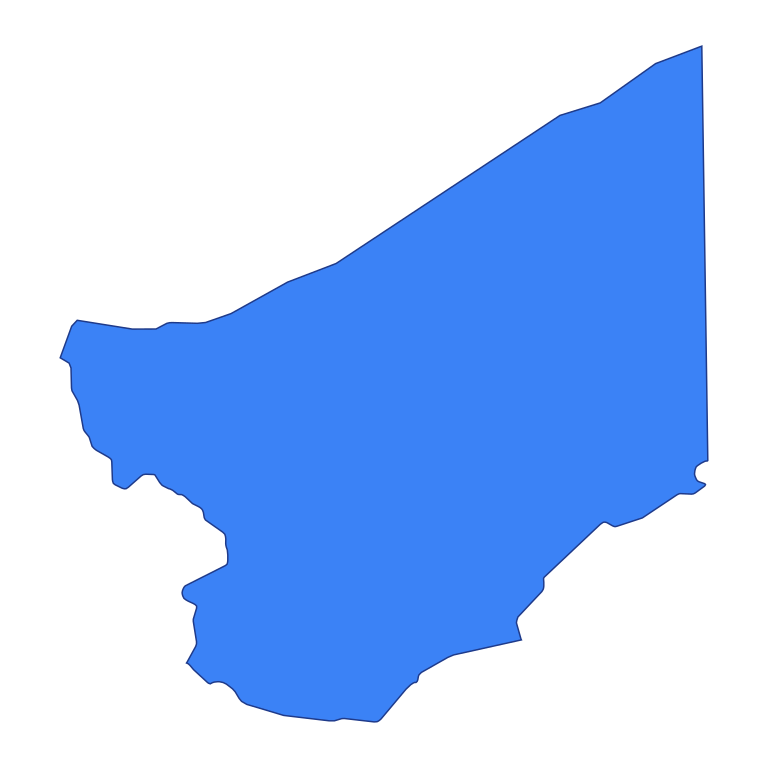 SVG path tracing the border of Zinder
{"feature_id": "NER-92", "entity_name": "Zinder", "entity_type": "Department", "adm_level": 1, "iso_a3": "NER", "parent_name": "Niger", "parent_adm1": "", "projection": "orthographic", "projection_center": [9.186, 15.151], "detail": "fine", "context": "isolated", "style": "filled", "palette": "blue", "viewbox_px": 768, "rotation_deg": 0, "n_neighbors": 0, "source": "natural_earth", "source_scale": "10m", "svg_char_len": 2525}
<svg xmlns="http://www.w3.org/2000/svg" viewBox="0 0 768 768"><path d="M521.4,639.9L453.7,654.9L447.8,657.4L421.4,672.4L419.0,674.8L418.4,676.3L417.8,679.8L417.2,681.3L416.1,682.4L415.5,682.5L414.8,682.4L413.3,683.0L410.7,684.7L406.0,689.2L382.1,717.7L381.1,718.9L379.5,720.3L378.0,721.3L377.0,721.7L374.1,721.9L344.4,718.5L341.8,718.6L334.4,720.8L329.2,720.8L288.5,716.0L283.6,715.4L246.8,704.4L241.6,701.4L239.2,698.5L235.2,691.8L232.5,688.8L226.4,684.1L223.1,682.5L219.3,681.7L217.7,681.7L214.2,682.1L212.6,682.6L211.0,683.4L210.4,683.8L209.9,683.7L208.5,683.2L207.5,682.5L193.6,669.7L190.1,665.5L188.3,663.8L186.5,663.0L187.1,662.1L195.7,646.4L196.5,644.0L196.5,641.5L193.3,621.4L193.3,619.2L196.6,608.1L196.6,606.0L195.2,604.6L193.1,603.4L188.3,601.2L186.0,599.9L184.0,598.4L182.8,596.0L182.4,594.7L182.1,592.8L182.4,591.1L182.6,590.3L183.4,588.4L183.9,587.5L184.3,586.9L184.7,586.4L185.5,585.7L225.3,565.6L227.0,564.3L227.6,562.3L227.8,560.0L227.8,555.1L227.3,549.9L226.3,547.1L225.9,545.3L225.7,543.5L225.8,539.0L225.5,536.5L224.8,534.2L222.8,532.2L205.5,520.0L204.6,518.5L204.2,517.5L203.4,512.5L202.9,511.1L202.4,509.9L201.8,509.1L200.3,507.7L198.5,506.6L193.1,503.9L192.4,503.5L185.3,496.8L183.3,495.4L181.7,494.6L178.9,494.5L178.0,494.3L177.3,494.0L172.7,490.3L170.1,489.0L168.5,488.6L163.1,485.9L161.9,485.1L159.7,482.5L155.1,475.2L154.6,474.7L153.4,474.5L145.7,474.2L143.3,474.6L141.2,475.9L128.4,487.2L126.1,488.7L124.3,488.8L122.1,488.2L115.2,484.8L113.4,483.4L112.7,481.4L112.4,479.6L111.8,461.8L111.4,459.7L110.2,458.4L108.2,457.0L96.4,450.3L94.1,448.5L92.1,446.3L89.2,437.2L87.8,435.3L85.4,432.4L84.1,430.6L83.3,428.6L79.1,405.1L77.5,400.5L72.0,390.8L71.5,388.0L71.0,368.0L69.1,363.1L60.2,357.8L71.7,326.2L77.2,320.3L132.4,329.1L156.0,329.0L166.9,323.3L169.7,322.7L172.3,322.6L197.4,323.3L205.6,322.5L231.0,313.6L287.6,282.1L336.1,263.5L560.0,115.4L600.2,102.9L655.6,63.6L701.8,46.1L707.8,460.5L707.5,460.9L705.1,461.2L701.1,463.2L697.4,465.7L696.1,467.0L695.4,468.8L694.9,470.6L694.5,474.0L694.9,475.9L695.8,478.1L696.5,479.6L697.5,480.9L699.1,481.8L704.8,483.7L705.5,484.7L704.6,486.1L695.3,492.9L693.5,493.8L691.6,494.1L680.1,493.6L678.8,493.9L677.0,494.8L642.4,517.9L617.1,526.2L615.4,526.6L614.2,526.5L612.5,525.8L606.9,522.6L605.0,522.1L603.2,522.3L600.4,524.2L544.3,577.1L543.6,578.2L543.6,579.5L543.8,582.3L543.8,586.1L543.6,587.8L543.3,589.0L542.8,590.0L541.8,591.6L517.9,617.0L516.8,620.4L516.4,622.8L521.0,639.1L521.4,639.9L521.4,639.9Z" fill="#3b82f6" stroke="#1e3a8a" stroke-width="1.5"/></svg>